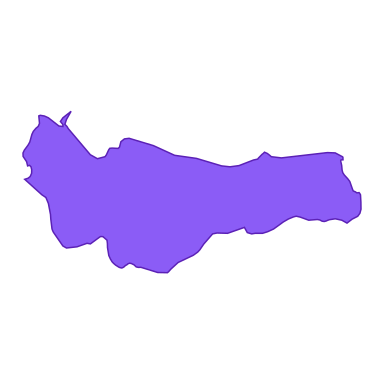 an SVG outline of Atlántida
{"feature_id": "HND-637", "entity_name": "Atlántida", "entity_type": "Department", "adm_level": 1, "iso_a3": "HND", "parent_name": "Honduras", "parent_adm1": "", "projection": "equal_earth", "projection_center": [-87.125, 15.681], "detail": "fine", "context": "isolated", "style": "filled", "palette": "violet", "viewbox_px": 384, "rotation_deg": 0, "n_neighbors": 0, "source": "natural_earth", "source_scale": "10m", "svg_char_len": 2050}
<svg xmlns="http://www.w3.org/2000/svg" viewBox="0 0 384 384"><path d="M38.8,115.9L40.2,115.3L44.4,116.0L48.4,117.8L58.9,126.0L62.9,126.5L62.9,124.5L60.4,121.5L62.9,117.8L71.1,111.3L66.5,119.4L64.9,124.3L67.0,126.5L68.3,128.7L90.3,154.7L97.4,158.7L105.0,156.7L106.3,155.0L108.7,149.8L109.8,148.3L112.1,148.1L118.2,148.4L119.5,147.1L120.9,141.7L124.4,138.9L129.1,138.3L153.4,145.6L174.6,155.3L196.5,158.4L221.6,165.9L230.0,166.8L239.0,165.6L253.5,160.0L257.7,159.1L258.3,158.2L262.2,154.2L263.1,153.6L264.5,152.2L267.4,153.5L270.2,155.7L271.3,156.7L281.4,157.9L327.4,152.6L335.2,152.9L342.4,156.7L342.9,157.2L343.0,159.8L341.3,159.9L340.9,160.1L340.7,160.9L340.9,162.0L341.3,163.7L341.7,165.6L342.1,170.1L342.8,172.7L344.3,175.0L347.7,178.7L349.8,181.5L352.5,189.2L353.2,190.9L355.5,191.9L356.7,192.8L357.6,192.8L359.1,192.6L359.9,193.7L360.5,194.8L360.9,202.2L361.0,209.2L359.9,213.3L357.7,216.3L352.2,219.1L347.0,223.1L341.8,220.2L335.3,218.8L329.4,219.7L327.7,220.3L326.2,221.0L324.2,221.5L322.1,221.2L319.7,219.9L317.3,219.5L308.7,220.2L300.2,217.1L296.2,216.2L293.5,216.9L288.4,219.0L283.4,221.9L273.6,229.0L267.7,231.7L262.6,233.3L255.2,233.3L251.7,233.9L247.3,232.6L244.4,227.4L227.6,233.3L217.0,233.0L212.6,233.9L203.8,244.0L199.9,249.7L197.7,252.1L193.4,255.2L178.1,262.5L170.9,269.1L168.5,271.8L167.4,272.7L157.7,272.5L140.9,267.3L138.4,267.4L136.2,266.9L134.0,264.8L131.3,263.5L129.6,263.2L128.0,263.8L126.7,264.9L125.4,265.5L124.4,266.6L123.0,267.5L121.8,268.0L120.3,267.7L119.1,267.3L115.6,265.1L113.6,263.4L112.1,261.8L110.4,259.0L108.8,255.5L107.5,247.6L107.4,243.5L107.0,240.2L103.0,236.7L100.8,236.5L99.6,237.1L90.4,243.9L87.0,243.3L77.1,246.8L66.5,248.0L62.9,246.0L53.5,232.4L52.7,230.8L52.0,228.9L50.8,219.1L50.5,214.5L48.4,203.5L45.9,197.5L41.9,194.8L24.7,179.3L28.1,178.2L30.2,176.5L31.6,173.3L31.7,169.7L31.0,166.8L29.5,165.3L27.6,165.9L26.6,161.7L23.1,156.4L23.0,153.0L24.3,150.2L28.0,145.2L29.8,142.0L31.9,134.4L33.3,131.4L35.9,128.3L38.2,126.4L39.5,123.4L38.8,115.9Z" fill="#8b5cf6" stroke="#5b21b6" stroke-width="1.5"/></svg>